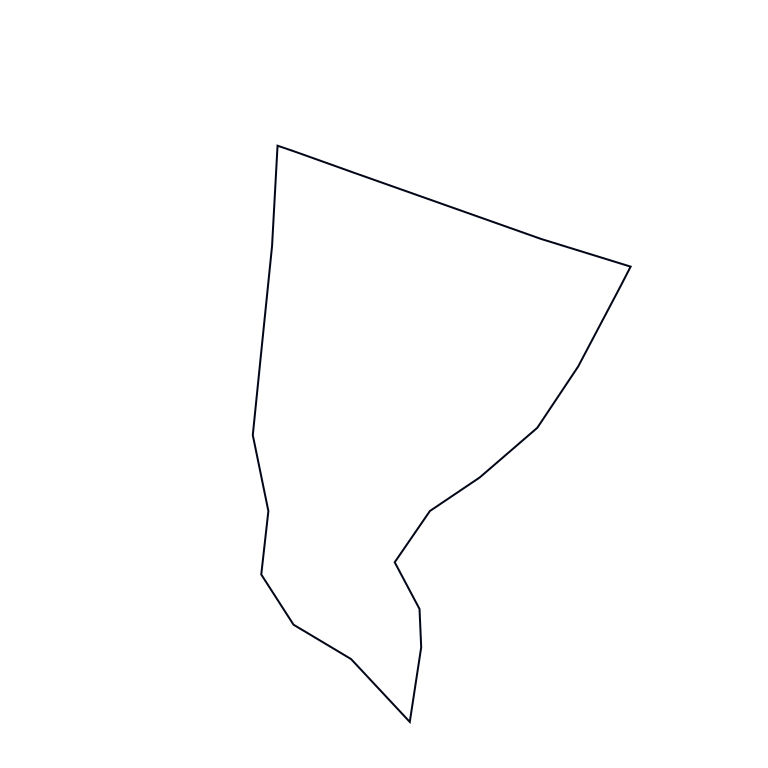 outline of Nyala Janoub, Southern Darfur, Sudan, rotated 129°
{"feature_id": "16777658B27261158380636", "entity_name": "Nyala Janoub", "entity_type": "district", "adm_level": 2, "iso_a3": "SDN", "parent_name": "Sudan", "parent_adm1": "Southern Darfur", "projection": "equal_earth", "projection_center": [24.841, 12.018], "detail": "fine", "context": "isolated", "style": "outline", "palette": "ink", "viewbox_px": 768, "rotation_deg": 129, "n_neighbors": 0, "source": "geoboundaries", "source_scale": "gbopen_adm2", "svg_char_len": 430}
<svg xmlns="http://www.w3.org/2000/svg" viewBox="0 0 768 768"><g transform="rotate(129 384 384)"><path d="M446.4,493.0L506.3,453.8L555.5,393.9L609.3,359.5L628.0,302.8L618.5,236.5L630.4,151.3L565.2,189.4L536.5,214.8L515.8,263.5L453.8,268.4L396.4,250.8L321.5,237.3L248.3,244.1L159.2,261.7L137.6,266.2L172.4,353.1L238.7,540.2L259.9,600.6L265.8,616.7L347.4,557.7L446.4,493.0Z" fill="none" stroke="#020617" stroke-width="2"/></g></svg>